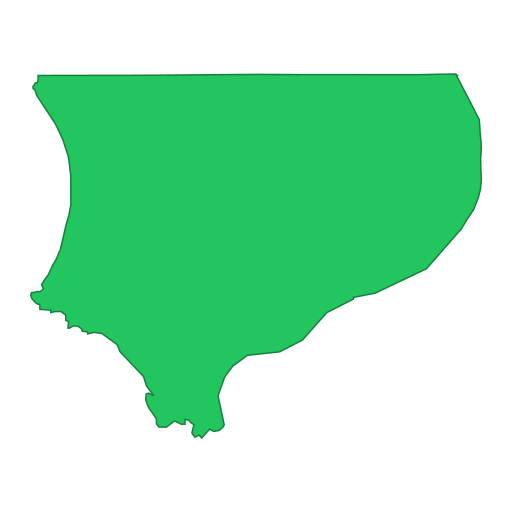 the district of Lower Niumi, North Bank, Gambia
{"feature_id": "56634734B30137768679203", "entity_name": "Lower Niumi", "entity_type": "district", "adm_level": 2, "iso_a3": "GMB", "parent_name": "Gambia", "parent_adm1": "North Bank", "projection": "natural_earth1", "projection_center": [-16.449, 13.506], "detail": "fine", "context": "isolated", "style": "filled", "palette": "green", "viewbox_px": 512, "rotation_deg": 0, "n_neighbors": 0, "source": "geoboundaries", "source_scale": "gbopen_adm2", "svg_char_len": 2427}
<svg xmlns="http://www.w3.org/2000/svg" viewBox="0 0 512 512"><path d="M457.3,75.4L455.8,74.0L441.9,74.2L435.4,74.3L428.4,74.5L413.3,74.7L370.2,74.7L349.4,74.6L296.8,74.6L296.8,74.8L296.5,74.6L276.3,74.5L252.7,74.4L247.7,74.5L238.9,74.5L191.3,74.9L156.7,75.2L146.2,75.2L143.9,75.3L75.7,75.4L64.8,75.4L38.1,75.5L38.1,77.0L38.1,80.2L37.1,82.9L35.3,82.9L34.0,85.3L33.0,86.5L33.0,88.3L35.0,90.0L36.4,94.5L37.4,96.5L47.9,112.5L52.6,119.7L54.6,122.6L56.1,125.4L57.5,128.2L63.0,140.0L66.7,151.6L67.8,154.8L68.3,156.3L69.2,162.6L69.6,165.8L70.7,175.5L70.8,182.1L70.8,194.2L70.9,204.4L68.9,215.1L65.8,225.8L64.7,230.8L64.0,233.8L60.2,250.4L59.2,251.9L59.1,252.2L56.2,259.3L55.3,260.8L52.3,265.9L51.7,267.3L48.8,273.7L48.5,274.5L45.1,279.0L42.2,283.6L41.5,284.6L43.4,288.3L42.3,290.1L41.0,290.9L40.0,291.6L38.6,291.6L37.7,291.6L36.7,291.6L36.1,291.8L34.5,292.4L34.1,292.5L31.5,292.6L30.7,295.5L32.0,298.8L35.4,302.6L37.8,304.1L39.8,304.4L39.9,309.4L47.0,309.9L50.7,310.2L50.7,310.3L50.7,312.6L54.9,311.6L61.0,311.6L65.8,315.1L65.8,315.3L65.8,320.5L68.7,321.3L67.9,328.1L69.5,328.1L73.1,326.0L77.4,326.0L77.5,326.0L81.4,328.6L82.4,331.3L87.6,331.9L87.6,333.9L93.4,332.5L93.8,332.4L101.9,333.5L117.2,344.7L120.1,351.8L143.5,376.5L146.4,385.7L149.0,389.5L153.4,395.1L152.7,395.4L148.5,393.1L146.2,394.0L145.7,399.6L147.3,404.6L149.0,408.0L149.4,408.8L153.0,413.8L156.4,418.8L156.4,423.8L159.0,427.1L166.4,427.1L174.5,421.0L177.7,422.4L181.0,424.2L185.0,424.2L185.0,419.6L188.6,420.0L191.5,423.2L193.9,424.6L191.9,433.0L194.8,437.1L199.2,435.2L201.7,438.0L202.2,437.4L209.7,429.1L213.8,431.4L219.0,430.5L221.2,428.7L222.6,427.7L224.2,425.0L224.2,424.9L222.4,416.2L218.0,395.7L224.8,376.7L232.8,366.0L235.5,364.1L246.8,355.7L247.3,355.3L271.5,352.7L275.5,352.3L279.7,351.8L302.3,340.1L305.3,336.8L314.7,326.2L316.2,324.5L319.5,320.8L320.2,320.0L326.8,312.6L353.5,299.0L353.4,297.4L375.3,293.1L400.7,281.0L401.1,280.8L426.5,268.7L428.9,266.0L435.1,258.9L448.5,243.5L460.5,229.8L460.7,229.6L460.9,229.6L465.0,222.8L466.7,220.0L467.7,218.4L471.9,212.2L473.6,209.6L477.0,201.0L477.0,200.9L477.5,199.7L478.3,197.6L478.7,196.1L480.4,189.4L481.3,180.1L480.9,168.4L480.8,165.5L480.6,159.1L480.9,154.3L481.2,150.0L481.3,149.2L481.1,142.5L480.8,139.4L480.1,132.5L480.0,130.3L479.6,123.4L479.3,119.6L479.2,119.5L475.1,111.6L475.0,111.3L473.1,107.6L469.4,100.4L462.0,86.2L456.5,75.5L457.3,75.4Z" fill="#22c55e" stroke="#15803d" stroke-width="1.5"/></svg>